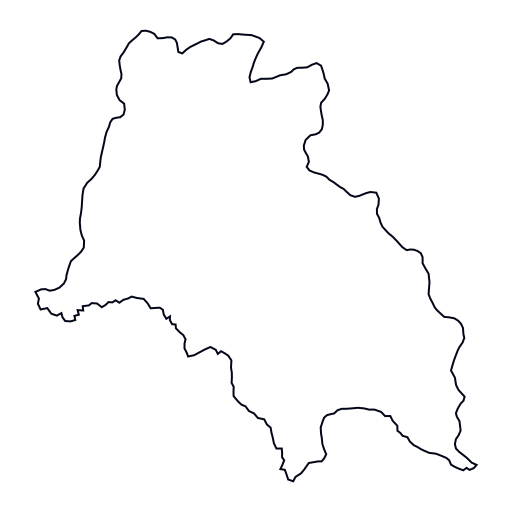 Fruta de Leite, Minas Gerais, Brazil (Albers equal-area conic projection)
{"feature_id": "56859067B77159548363551", "entity_name": "Fruta de Leite", "entity_type": "district", "adm_level": 2, "iso_a3": "BRA", "parent_name": "Brazil", "parent_adm1": "Minas Gerais", "projection": "albers", "projection_center": [-42.516, -16.13], "detail": "fine", "context": "isolated", "style": "outline", "palette": "ink", "viewbox_px": 512, "rotation_deg": 0, "n_neighbors": 0, "source": "geoboundaries", "source_scale": "gbopen_adm2", "svg_char_len": 4463}
<svg xmlns="http://www.w3.org/2000/svg" viewBox="0 0 512 512"><path d="M263.8,41.7L259.6,38.1L256.0,36.7L251.4,35.1L244.5,34.7L238.2,34.1L233.2,34.3L230.4,38.3L226.6,41.5L222.6,43.9L218.2,43.3L213.8,40.5L209.4,38.9L205.2,40.3L201.2,41.5L195.9,44.2L190.5,46.8L186.3,49.7L182.3,53.4L178.4,52.0L177.5,46.8L176.9,42.9L175.2,39.5L171.7,37.4L167.1,37.3L163.1,38.1L157.6,38.3L154.3,33.9L150.2,31.8L145.8,30.7L141.5,31.0L138.5,34.7L135.1,37.9L132.4,40.1L128.9,43.3L126.6,47.4L123.7,52.3L120.6,56.4L119.2,60.4L119.7,65.3L120.6,70.3L121.5,74.2L121.2,78.3L119.1,82.2L117.0,85.8L116.3,89.6L116.9,95.1L119.7,100.3L124.1,103.6L124.8,109.6L123.5,114.6L120.2,117.2L116.6,117.7L112.6,118.8L110.3,122.2L108.8,127.2L106.5,132.1L105.0,137.7L104.2,142.2L103.3,146.4L101.9,152.4L100.8,157.3L100.2,162.3L99.8,166.8L97.9,170.2L95.1,174.6L91.4,179.0L87.2,182.8L83.6,188.4L82.5,194.9L82.0,202.6L81.7,207.4L81.0,213.1L80.0,218.4L79.8,222.7L80.4,229.9L81.8,235.4L84.1,240.6L83.8,247.6L81.0,251.8L77.9,254.9L74.0,258.3L70.9,261.2L69.4,265.4L67.9,270.0L66.5,275.2L66.1,279.1L63.9,283.5L59.3,287.7L54.3,289.9L49.7,290.7L45.5,289.1L41.3,289.3L35.4,291.9L38.9,298.5L37.9,303.8L40.6,309.5L47.3,308.1L51.3,313.7L56.8,315.6L61.4,313.1L62.5,317.3L65.2,321.0L70.5,321.4L75.3,320.0L74.4,315.9L78.8,314.7L77.6,310.1L83.2,310.5L82.7,306.2L88.9,305.4L91.7,303.1L97.0,303.5L101.8,307.2L105.6,304.9L108.5,302.1L112.4,302.4L115.6,300.3L119.4,302.7L123.4,299.8L128.3,298.4L131.6,296.6L137.0,298.0L143.7,298.9L147.6,303.3L150.7,308.3L156.0,307.9L159.8,307.7L162.9,309.8L163.7,314.3L166.3,318.8L170.0,316.4L169.9,320.2L172.1,324.2L175.6,324.5L175.9,328.3L179.9,332.4L183.3,335.1L185.5,339.2L184.5,343.7L184.5,348.4L186.8,352.9L188.1,356.5L194.2,355.2L199.4,352.4L204.6,349.6L210.4,347.0L215.8,349.8L217.8,353.9L221.1,351.2L224.9,353.4L228.3,355.7L231.4,360.4L231.0,367.6L231.8,372.6L231.9,377.6L231.6,382.8L233.7,386.9L233.5,391.7L233.6,396.1L236.5,399.6L239.0,402.4L241.7,404.8L245.5,406.3L248.9,411.0L254.1,413.5L257.9,418.0L264.2,419.3L266.9,424.5L270.6,427.6L271.5,432.8L272.8,437.8L273.9,443.3L276.4,448.5L281.8,448.5L282.1,453.1L282.1,457.4L284.2,460.2L282.5,464.6L280.4,469.1L284.8,469.8L286.5,474.4L288.2,479.5L293.2,481.3L295.5,476.9L301.0,473.4L304.1,469.7L306.4,466.4L308.8,463.0L314.0,462.1L318.0,461.4L321.6,461.4L324.1,458.5L326.2,454.3L324.1,449.2L322.4,444.1L321.8,438.0L321.0,433.2L320.7,427.5L322.5,421.9L324.1,417.7L326.9,415.2L330.2,414.3L334.2,413.4L337.6,410.2L341.8,408.8L346.0,408.8L350.2,408.5L358.0,407.8L364.1,408.4L369.1,409.6L374.5,409.6L381.1,411.9L385.1,416.1L390.3,416.0L392.7,420.8L397.3,425.7L397.5,430.8L400.4,433.0L402.6,435.8L407.4,437.2L409.9,441.6L413.8,445.2L417.5,447.0L421.0,449.2L424.6,450.9L429.3,452.9L436.0,453.7L442.1,456.1L446.3,457.9L449.2,460.3L451.0,464.6L454.1,466.5L458.1,468.4L463.3,470.3L466.5,467.9L469.6,469.9L473.8,468.1L476.6,464.9L471.6,462.6L466.9,457.9L462.3,454.3L459.1,451.8L456.0,448.6L454.9,444.2L455.9,439.2L458.7,435.1L460.6,430.5L459.5,421.2L456.9,416.8L455.9,413.2L457.8,408.5L460.7,403.5L463.5,400.7L464.6,396.6L461.6,393.4L458.5,389.9L456.2,385.4L455.5,381.7L455.0,377.9L453.3,374.7L451.0,370.5L452.7,364.5L454.2,359.7L455.9,355.2L457.7,350.5L459.4,347.1L462.6,342.5L464.3,337.9L463.4,334.0L463.0,328.0L461.1,324.0L458.2,320.7L454.3,318.3L448.9,317.3L444.3,316.9L440.7,313.7L436.9,310.1L434.6,307.2L432.6,302.9L430.3,298.6L428.6,294.2L429.0,288.4L429.5,282.5L428.6,273.8L425.3,268.2L422.6,263.3L422.6,257.3L420.9,253.3L417.7,251.1L414.0,249.7L410.4,249.5L406.6,250.1L402.4,247.2L399.5,244.0L397.2,241.4L393.0,237.0L388.4,233.2L385.2,229.8L382.3,226.5L380.4,222.2L379.2,217.9L377.0,213.9L376.9,209.1L378.5,204.6L378.9,198.6L376.3,192.7L370.5,192.0L366.5,193.0L363.1,194.3L359.2,195.9L354.9,196.8L350.3,195.2L346.4,191.6L343.6,188.9L340.2,187.1L336.9,184.7L333.7,182.3L329.7,179.9L326.3,176.6L322.6,174.8L318.4,173.6L313.9,172.4L309.4,170.4L306.7,166.9L308.9,161.7L307.8,156.3L305.8,152.9L304.1,149.7L303.8,145.7L305.6,140.0L310.4,135.3L315.7,134.3L319.2,132.6L321.9,129.1L322.8,124.7L322.8,120.2L321.7,115.2L320.9,110.7L320.4,106.6L321.2,102.6L324.7,98.9L327.4,94.5L329.1,90.4L327.6,83.6L324.7,78.6L323.4,72.7L321.1,65.7L316.6,63.1L311.8,64.8L307.3,67.3L302.6,67.7L297.3,67.8L294.0,69.2L291.0,72.0L286.1,74.3L280.1,75.3L275.7,77.1L272.2,78.5L266.6,78.8L260.9,78.8L255.6,81.2L250.6,82.2L249.5,77.2L250.9,71.7L252.6,67.1L253.9,62.7L255.6,58.4L257.6,54.0L259.6,50.4L261.5,47.0L263.8,41.7Z" fill="none" stroke="#020617" stroke-width="2"/></svg>